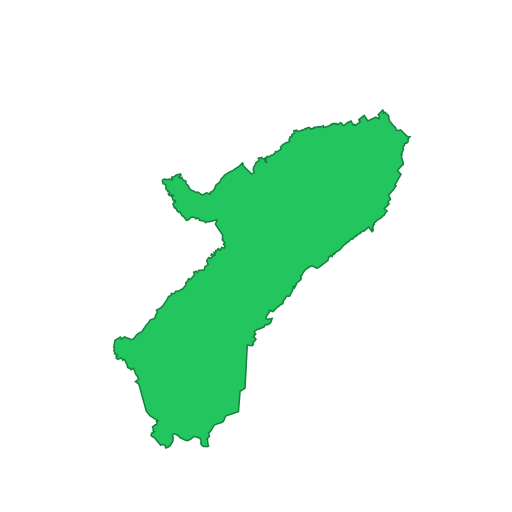 the district of Song Phi Nong, Suphan Buri, Thailand, rotated 321°
{"feature_id": "78962969B33377664551397", "entity_name": "Song Phi Nong", "entity_type": "district", "adm_level": 2, "iso_a3": "THA", "parent_name": "Thailand", "parent_adm1": "Suphan Buri", "projection": "orthographic", "projection_center": [99.994, 14.203], "detail": "fine", "context": "isolated", "style": "filled", "palette": "green", "viewbox_px": 512, "rotation_deg": 321, "n_neighbors": 0, "source": "geoboundaries", "source_scale": "gbopen_adm2", "svg_char_len": 6096}
<svg xmlns="http://www.w3.org/2000/svg" viewBox="0 0 512 512"><g transform="rotate(321 256 256)"><path d="M429.2,275.9L431.3,270.6L433.2,269.2L432.8,268.4L437.6,266.0L439.1,263.3L440.9,263.6L442.2,262.1L444.0,263.1L445.1,263.1L446.5,262.6L448.0,260.7L450.5,260.2L449.5,259.5L448.8,258.1L447.8,249.0L445.6,248.1L444.4,246.7L445.3,243.6L444.8,241.4L444.8,234.6L445.3,234.2L445.6,233.0L447.2,230.9L447.4,228.8L446.8,228.2L446.9,225.7L445.1,225.3L445.9,224.8L446.4,222.3L439.8,223.1L439.9,224.7L437.9,226.7L436.5,223.5L427.9,221.4L428.6,214.8L421.9,214.7L422.0,215.8L421.3,215.8L421.4,217.4L415.1,216.9L415.3,215.8L414.0,215.6L414.8,211.0L414.0,210.9L414.0,210.6L411.6,210.4L411.6,209.9L406.4,209.9L405.8,208.2L406.1,206.7L405.5,205.5L402.8,205.5L402.6,204.8L401.2,204.4L401.6,203.2L399.6,202.5L399.8,201.7L396.7,200.9L396.7,201.5L394.7,201.0L389.5,198.6L390.3,197.2L386.5,196.0L386.8,195.4L382.5,192.8L381.9,192.6L381.7,193.4L380.7,193.2L380.7,192.7L378.3,191.8L378.7,191.2L378.5,190.0L377.9,190.0L377.2,188.7L374.6,188.8L374.7,188.0L371.9,187.8L371.2,187.5L371.3,187.1L368.7,186.6L365.9,184.1L366.5,183.6L364.1,182.5L363.3,184.5L360.0,184.3L359.2,185.8L357.1,184.9L356.2,185.9L354.9,186.3L354.1,188.2L351.4,187.4L351.0,186.8L349.1,186.8L347.4,186.3L343.5,186.8L342.7,188.7L338.0,188.3L336.9,187.0L335.8,187.9L332.5,188.1L331.0,187.1L328.9,187.4L327.4,185.5L326.3,186.1L325.1,185.6L323.0,189.8L322.5,189.0L323.7,185.5L322.1,184.2L322.1,183.4L322.5,183.0L319.3,181.4L318.9,183.2L318.4,183.9L316.5,183.4L314.5,183.5L312.9,184.6L310.1,185.4L307.9,187.5L307.6,189.4L306.7,189.9L304.1,189.4L302.8,176.5L303.8,176.5L304.1,175.2L299.0,175.7L293.5,175.0L292.3,175.2L289.0,174.2L282.3,173.3L280.7,173.9L277.6,174.1L274.2,175.8L269.7,175.6L266.1,177.6L263.2,178.4L260.5,177.7L259.3,179.2L257.4,175.8L256.2,175.4L254.2,175.5L252.1,173.7L251.2,169.9L249.5,168.9L247.0,163.5L246.8,161.8L247.7,158.5L247.0,155.8L248.4,154.2L248.6,153.5L247.1,150.8L247.9,148.2L245.9,147.5L245.4,146.7L245.9,146.1L248.4,146.1L248.9,145.4L248.8,144.6L245.0,142.8L242.5,142.9L240.2,141.7L239.5,142.3L239.2,144.0L238.7,144.1L237.0,141.6L234.6,140.4L233.1,138.3L230.8,138.2L229.2,141.5L230.3,142.8L230.6,144.2L229.1,146.2L228.4,146.5L228.1,150.6L228.8,150.7L228.8,151.9L228.6,152.6L226.8,152.6L226.7,154.5L228.0,154.6L227.8,156.0L229.5,155.9L229.7,157.3L228.0,157.1L227.4,158.6L226.5,161.4L228.1,161.7L227.8,163.1L224.2,163.2L223.1,166.6L223.4,166.8L223.1,167.8L223.8,168.2L223.1,171.5L223.4,171.5L223.5,173.5L224.6,173.6L223.8,178.2L224.5,179.2L224.4,184.7L226.2,185.4L229.8,185.1L231.6,186.1L232.4,186.9L232.7,189.5L234.8,189.7L235.0,190.7L234.5,192.6L237.5,196.2L237.9,198.4L238.5,198.2L242.0,200.4L246.9,202.6L248.1,203.3L248.3,203.9L244.9,205.3L244.4,206.1L243.2,219.0L241.2,220.7L241.3,222.0L239.9,222.1L240.2,226.0L238.1,226.3L238.1,227.8L238.6,228.8L236.3,230.0L235.0,227.8L231.9,228.9L232.1,228.1L231.3,227.8L231.4,226.6L228.4,226.9L228.0,226.4L227.0,227.8L226.1,227.5L225.6,226.8L225.0,229.5L224.1,229.5L223.8,228.0L222.7,226.4L221.6,227.1L222.0,229.1L220.0,229.2L219.3,229.7L218.7,227.6L216.1,228.0L214.6,228.7L213.5,232.5L209.5,232.2L207.0,234.3L202.3,231.0L201.9,231.5L199.9,232.0L199.9,230.1L197.3,229.4L196.4,231.8L190.2,233.0L189.4,231.2L185.9,232.7L184.6,233.0L184.5,232.7L183.2,234.4L178.4,235.4L177.0,234.9L174.2,234.7L171.4,232.9L168.6,233.6L167.9,233.3L167.1,232.0L166.6,231.9L164.8,233.2L162.6,232.4L158.8,234.1L152.6,236.0L148.8,236.3L144.5,235.4L144.1,237.8L141.3,238.5L138.7,240.3L137.1,240.5L133.6,239.1L130.6,240.1L126.0,240.9L124.4,241.8L123.3,241.7L120.0,243.1L117.3,242.4L113.8,242.1L108.3,243.4L106.0,242.1L105.6,240.5L104.0,238.4L103.2,236.2L99.3,235.9L99.6,233.6L93.3,232.8L87.8,237.6L88.2,238.6L86.0,239.9L85.5,242.2L84.5,242.9L85.9,245.4L84.1,245.9L84.3,246.9L83.1,247.4L83.8,249.7L85.1,249.6L85.9,250.1L86.5,249.9L87.1,251.7L86.8,253.2L88.1,253.1L88.7,253.5L87.3,259.5L86.1,261.8L86.7,263.4L87.4,263.7L87.2,265.8L90.2,266.3L88.3,271.8L88.0,273.3L88.2,274.6L87.2,278.0L83.2,277.7L84.2,281.1L84.0,282.6L73.0,307.8L73.1,313.6L76.1,322.4L74.5,321.9L74.5,322.9L72.5,324.7L71.7,323.8L67.9,323.7L67.2,326.0L66.1,327.0L66.4,328.6L63.4,328.0L61.5,329.3L61.7,331.2L62.7,332.9L62.8,343.1L63.9,343.3L65.5,344.6L66.1,345.6L65.1,348.5L67.8,349.4L69.4,349.0L69.7,349.5L74.7,347.7L77.4,345.0L77.9,343.1L79.7,342.5L80.7,342.7L82.6,347.1L82.7,349.6L85.5,355.3L87.0,356.6L89.5,357.2L93.8,357.3L94.8,357.7L97.7,362.3L97.2,365.0L95.2,366.8L94.7,368.8L95.4,371.1L98.5,373.7L99.7,373.8L100.0,372.4L102.8,368.1L102.5,367.4L106.3,366.9L107.9,363.5L110.1,363.8L116.8,361.2L118.2,361.3L125.4,364.1L127.3,363.7L131.4,361.5L132.4,361.5L144.5,365.9L158.4,351.2L164.3,351.8L193.1,319.8L196.7,323.4L198.2,323.1L199.0,321.7L203.6,320.7L203.4,316.9L206.7,316.5L206.7,314.2L207.8,313.6L212.0,314.1L212.8,315.1L213.9,315.0L217.5,316.3L218.7,315.5L220.8,315.7L221.4,316.6L224.5,317.2L226.1,316.7L229.3,314.7L225.5,312.8L224.6,311.3L224.9,310.4L225.8,309.4L230.8,308.1L232.2,306.7L232.9,307.1L233.2,308.6L234.0,309.8L234.5,309.9L239.9,309.2L242.2,309.5L242.9,309.1L246.8,309.9L249.2,308.2L254.1,306.6L255.1,306.8L256.7,308.4L262.8,305.8L266.0,303.2L265.7,305.1L269.6,303.4L269.8,302.6L276.1,302.6L276.6,301.5L277.4,301.6L277.9,299.6L279.6,299.8L281.5,298.8L285.7,297.7L289.2,298.1L289.4,297.8L293.4,299.0L295.6,303.9L298.8,304.5L309.2,304.7L311.6,302.7L312.7,303.1L314.4,302.6L314.8,304.4L317.7,302.8L318.1,303.9L319.9,303.3L324.9,303.9L331.4,302.8L333.9,303.1L334.1,302.4L336.8,303.2L340.8,302.6L341.3,303.5L342.3,303.6L346.0,303.0L346.5,303.8L348.3,303.3L351.4,304.0L351.9,303.5L355.1,304.1L355.8,304.7L361.8,304.4L361.5,310.2L362.3,310.2L363.9,309.3L363.6,308.2L364.2,308.1L364.6,307.1L365.2,307.1L367.2,305.5L367.9,305.8L368.2,305.1L369.0,304.6L370.3,304.9L371.2,304.4L377.7,305.1L379.1,304.7L381.2,305.0L383.4,304.0L386.3,303.5L385.3,300.1L386.5,299.7L389.9,299.7L390.0,299.3L392.1,299.4L392.6,297.3L393.2,296.7L396.2,296.6L396.9,294.8L397.0,292.8L397.5,292.1L405.0,290.8L409.0,289.7L408.7,288.2L420.1,283.8L419.7,278.6L426.7,277.4L428.1,277.6L428.9,275.8L429.2,275.9Z" fill="#22c55e" stroke="#15803d" stroke-width="1.5"/></g></svg>